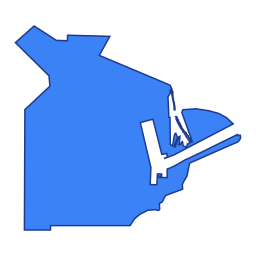 92, Al Wakrah, Qatar
{"feature_id": "91078587B57954650204567", "entity_name": "92", "entity_type": "district", "adm_level": 2, "iso_a3": "QAT", "parent_name": "Qatar", "parent_adm1": "Al Wakrah", "projection": "mercator", "projection_center": [51.612, 25.031], "detail": "fine", "context": "isolated", "style": "filled", "palette": "blue", "viewbox_px": 256, "rotation_deg": 0, "n_neighbors": 0, "source": "geoboundaries", "source_scale": "gbopen_adm2", "svg_char_len": 2303}
<svg xmlns="http://www.w3.org/2000/svg" viewBox="0 0 256 256"><path d="M24.4,230.0L50.5,230.0L50.5,225.6L130.1,225.6L134.6,218.7L139.9,214.3L147.9,210.2L154.4,209.7L155.4,209.8L158.7,210.4L159.7,209.3L159.4,203.5L162.2,202.0L165.6,195.5L182.7,189.1L182.3,184.6L183.4,182.1L186.9,176.3L189.1,165.5L189.6,163.1L198.1,159.4L227.4,146.4L238.0,141.9L239.5,140.1L240.4,138.4L240.6,136.6L240.4,135.6L240.1,135.1L239.0,135.2L237.9,135.7L237.4,134.5L198.8,153.5L189.3,158.0L185.0,159.9L175.3,165.5L170.4,167.9L167.2,169.0L167.1,177.6L159.1,177.5L159.1,176.1L161.6,176.1L161.7,174.0L157.4,173.9L156.9,184.8L155.7,184.8L150.2,184.5L150.9,167.6L140.3,122.6L152.9,119.2L155.7,130.1L161.8,154.4L166.8,153.5L167.3,157.1L164.6,158.2L164.7,158.4L174.5,154.7L180.3,151.6L194.0,144.4L233.2,123.9L226.4,117.6L218.8,113.5L209.1,110.8L196.0,108.8L183.1,109.7L182.9,109.7L181.8,112.4L192.3,141.5L191.0,141.1L190.8,140.2L189.5,138.1L188.7,137.2L188.3,136.0L186.4,133.8L186.0,132.5L185.1,132.3L182.8,129.1L181.9,128.2L181.5,126.5L181.1,126.1L180.3,124.0L179.0,122.2L178.2,119.7L177.7,119.3L177.3,118.0L176.9,117.5L176.7,116.7L175.8,116.7L176.1,117.1L176.0,118.8L177.3,121.8L177.7,122.2L178.1,123.5L179.4,125.7L181.1,128.7L181.9,129.5L183.2,132.1L184.5,133.4L186.2,136.8L187.4,138.1L187.8,138.9L189.1,140.7L190.6,142.4L189.3,142.4L188.9,143.6L187.2,144.1L187.4,144.5L187.4,145.3L187.0,145.8L186.7,147.1L183.2,146.0L183.0,144.8L182.7,143.7L182.7,143.0L182.7,142.1L182.3,141.6L182.0,142.3L181.6,142.5L181.8,142.6L181.5,143.4L180.8,144.0L180.0,144.8L179.4,144.6L179.1,144.6L178.7,144.5L178.5,144.4L179.0,144.0L179.3,143.6L180.0,136.3L178.3,137.2L178.1,138.9L175.6,145.2L175.7,146.1L175.6,146.4L175.2,147.0L174.2,146.6L174.7,144.7L176.8,139.3L177.2,138.5L177.2,136.3L176.0,134.2L175.8,133.3L174.9,133.8L174.3,135.5L172.9,143.8L172.7,144.4L172.7,144.8L172.5,145.1L172.5,145.8L170.3,144.6L170.0,117.3L168.8,117.2L168.6,111.1L168.3,103.4L167.9,97.0L168.9,95.3L170.2,93.2L170.2,90.2L170.9,89.7L173.2,101.3L174.0,105.6L174.2,109.8L175.0,109.8L174.8,106.4L174.0,101.7L173.6,100.9L172.8,95.3L172.8,91.9L171.9,89.8L171.9,88.9L171.5,88.5L170.1,85.2L99.3,55.4L109.8,36.4L91.0,35.8L88.6,35.8L67.6,35.2L67.4,40.7L56.4,40.4L34.1,26.0L15.4,42.6L49.0,75.8L49.9,86.2L24.9,109.6L24.4,230.0Z" fill="#3b82f6" stroke="#1e3a8a" stroke-width="1.5"/></svg>